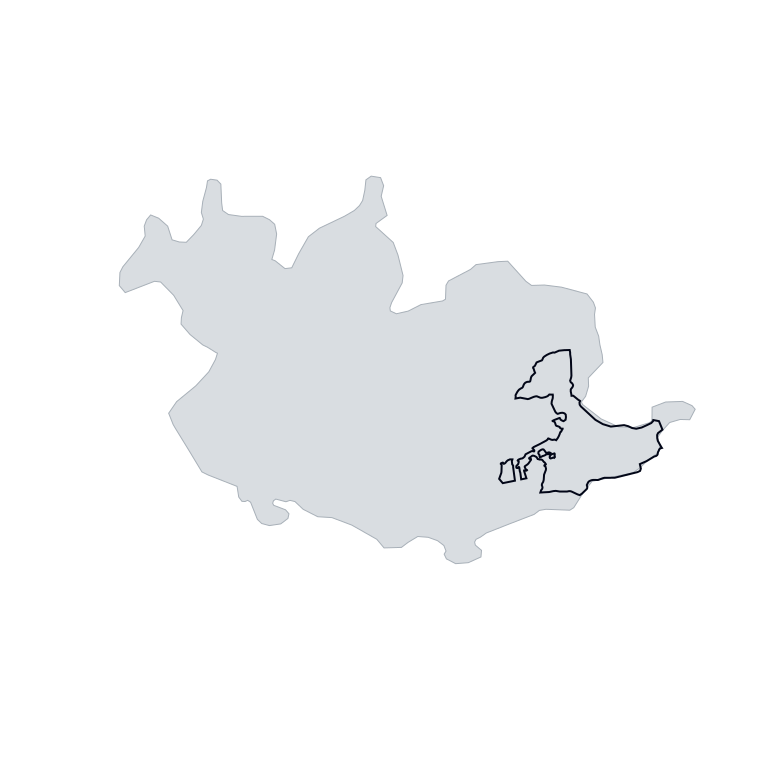 Vaud on a map of Switzerland (orthographic projection), rotated 208°
{"feature_id": "CHE-3422", "entity_name": "Vaud", "entity_type": "Canton", "adm_level": 1, "iso_a3": "CHE", "parent_name": "Switzerland", "parent_adm1": "", "projection": "orthographic", "projection_center": [6.845, 46.59], "detail": "fine", "context": "in_parent", "style": "outline", "palette": "ink", "viewbox_px": 768, "rotation_deg": 208, "n_neighbors": 0, "source": "natural_earth", "source_scale": "10m", "svg_char_len": 7453}
<svg xmlns="http://www.w3.org/2000/svg" viewBox="0 0 768 768"><g transform="rotate(208 384 384)"><path d="M547.2,246.8L551.1,249.2L560.4,257.1L558.8,271.1L549.3,294.0L544.4,312.5L544.3,326.5L545.5,333.0L547.4,332.9L557.3,333.6L562.3,333.4L578.4,336.6L591.3,341.6L594.0,347.4L595.9,354.5L611.4,363.6L629.1,369.2L634.9,366.9L655.4,343.2L663.9,346.6L669.5,358.5L669.6,364.9L664.7,389.4L664.3,402.5L669.8,410.8L670.7,417.5L669.4,423.7L660.8,424.6L649.1,421.8L638.8,411.8L631.4,413.3L625.1,416.3L622.2,426.3L619.7,438.3L620.9,444.8L625.8,449.7L629.8,460.3L633.0,474.2L635.2,480.5L633.2,483.4L627.1,485.6L621.9,483.9L612.3,467.6L607.9,461.4L600.9,460.6L588.6,465.1L569.9,475.1L562.2,475.3L555.5,473.7L549.2,466.0L543.5,450.9L541.5,441.3L537.9,441.7L525.6,439.4L520.0,443.3L520.5,459.0L519.9,478.5L514.2,491.2L497.7,513.5L491.7,523.2L489.4,530.0L489.0,536.0L491.9,546.1L495.8,555.8L492.9,561.5L483.9,564.6L477.4,558.9L474.6,548.4L460.4,534.3L466.4,522.0L465.3,519.1L442.3,513.3L432.2,504.4L418.1,488.7L415.4,481.8L415.5,459.5L414.6,454.1L412.7,451.5L406.1,451.8L396.9,459.7L388.6,471.5L371.3,484.8L369.5,487.7L375.6,500.3L375.4,505.3L361.4,525.8L358.8,532.6L340.7,545.6L332.4,550.5L307.0,541.3L300.0,540.3L288.8,546.7L272.8,552.8L247.0,558.8L237.5,554.5L233.0,550.4L230.8,544.3L224.2,533.4L216.9,527.0L211.8,520.0L205.1,512.3L200.8,505.8L206.5,485.3L202.3,478.1L200.2,467.8L201.3,460.8L199.0,459.1L175.9,455.1L156.7,456.3L142.9,463.0L131.6,474.3L130.3,476.8L130.9,478.8L136.4,489.4L126.9,500.3L112.2,508.8L101.9,509.5L97.4,507.8L97.3,496.0L105.9,491.7L113.7,484.1L116.4,473.3L117.4,465.6L109.4,456.3L110.4,450.7L115.5,440.0L118.5,430.5L122.6,422.4L138.6,409.1L154.6,395.7L157.1,381.4L158.4,363.9L160.7,359.8L182.2,349.4L187.5,345.3L190.2,339.4L207.1,319.9L223.7,300.5L227.0,294.0L229.8,290.1L229.8,287.0L227.7,284.6L219.8,282.9L217.2,276.8L225.7,265.8L236.4,259.0L246.8,258.9L251.0,262.0L250.8,265.6L255.3,269.5L263.2,270.8L273.0,269.4L282.6,265.2L288.5,255.3L291.9,247.9L307.0,239.3L317.4,243.5L346.2,244.3L367.2,241.6L380.2,235.7L396.5,235.4L407.4,238.4L409.4,237.9L412.4,237.1L415.3,234.0L425.5,231.6L426.8,229.0L426.3,226.4L424.4,225.1L411.9,226.7L407.0,224.8L405.7,220.2L409.5,212.0L418.7,205.2L426.5,203.4L432.2,205.0L446.3,217.0L449.7,217.3L451.5,215.0L454.4,213.7L459.2,216.0L464.8,223.5L465.7,224.6L496.5,221.1L503.5,220.9L524.9,233.7L547.2,246.8Z" fill="#d9dde1" stroke="#a8b0b8" stroke-width="1"/><path d="M116.7,474.4L119.0,469.3L118.9,467.2L117.3,464.4L115.5,462.3L109.2,458.3L108.6,458.0L110.1,456.6L110.3,455.3L110.1,454.1L110.1,452.6L110.0,452.1L109.7,451.3L109.4,450.4L109.4,449.5L109.9,448.3L111.4,446.8L116.0,439.1L120.5,433.4L119.6,432.3L117.5,429.9L117.1,427.5L118.8,425.2L136.2,409.6L145.4,404.6L146.6,403.5L150.0,399.7L154.3,397.5L155.6,396.5L157.1,394.7L157.6,393.2L157.5,390.0L156.6,389.0L155.9,388.0L155.6,387.0L155.8,386.1L157.8,380.0L158.7,378.4L158.9,377.8L161.3,377.4L167.9,377.1L169.0,376.9L170.3,376.3L172.0,374.9L178.2,371.6L182.1,370.3L184.1,369.0L187.4,366.2L195.0,361.6L195.4,363.9L195.1,365.7L195.4,366.9L196.1,367.8L197.1,368.7L197.5,369.6L197.6,370.7L197.5,372.4L197.8,373.6L198.0,374.4L200.1,379.1L200.7,384.0L201.2,385.3L202.6,386.8L202.9,387.0L203.2,387.1L203.8,387.0L204.0,387.1L204.2,387.5L204.1,387.9L203.9,388.3L203.5,388.7L203.4,389.1L203.6,389.3L205.2,390.1L205.6,390.2L206.1,390.2L206.6,390.4L208.0,391.0L208.5,391.2L209.0,391.2L210.0,391.1L210.7,390.5L211.6,390.2L212.2,390.2L213.1,389.9L213.6,390.2L214.3,390.7L214.9,391.0L215.4,391.1L217.2,391.1L217.9,391.0L218.9,390.7L219.2,390.5L219.5,390.1L220.5,387.9L221.0,387.0L221.0,386.6L220.8,386.3L220.0,386.2L219.0,386.7L218.8,386.5L218.6,386.0L219.1,382.1L219.2,381.5L219.4,380.9L219.6,380.3L220.2,379.1L220.9,377.8L221.0,377.2L220.6,376.6L219.3,375.6L218.5,375.2L217.9,375.1L217.5,375.2L217.3,375.1L217.5,374.5L217.9,374.2L218.3,373.9L219.2,373.5L219.4,373.6L219.7,373.8L220.0,374.1L219.8,373.5L219.4,372.9L214.0,367.6L218.1,364.2L222.0,369.7L222.5,370.1L223.2,370.8L225.3,373.7L225.6,374.0L225.9,374.0L226.1,373.9L226.2,373.5L226.3,373.2L226.3,372.8L226.5,372.6L226.8,372.4L227.3,372.2L227.7,372.2L227.9,372.4L228.2,372.7L228.5,373.4L228.6,374.1L228.3,374.9L228.0,375.7L228.0,376.6L228.4,378.3L228.8,379.0L229.2,379.2L229.8,379.0L230.0,379.1L230.0,379.8L229.6,380.6L228.3,382.2L227.6,382.7L227.0,383.2L226.5,384.0L225.8,385.8L226.0,388.4L222.6,393.4L222.1,394.0L221.6,394.4L219.9,394.9L219.8,395.2L220.1,395.9L220.6,396.2L221.0,396.4L222.6,396.8L222.8,397.0L222.3,398.5L218.6,403.6L214.2,410.2L213.4,412.0L213.4,412.3L213.6,412.6L213.6,412.8L213.3,413.1L212.6,413.2L210.6,413.3L209.2,413.6L207.1,415.1L205.6,415.2L205.3,417.2L205.2,418.0L205.2,420.2L205.4,422.3L205.6,423.3L205.7,424.3L205.6,424.7L205.3,424.9L205.2,425.1L205.2,425.5L205.3,426.0L205.3,426.7L205.2,427.5L205.2,428.2L205.3,428.4L206.4,427.9L207.0,427.8L207.7,427.8L208.8,428.5L210.6,428.3L212.1,428.0L212.6,428.1L213.2,428.5L214.7,430.0L215.6,430.6L216.1,430.7L217.1,430.5L217.6,430.4L217.8,430.5L217.6,431.0L216.9,432.0L213.7,435.7L213.3,436.2L212.9,436.5L211.4,435.5L211.1,435.4L210.0,435.3L208.3,435.4L208.0,435.5L206.9,437.7L207.8,440.2L209.2,442.3L209.8,442.5L210.8,442.8L212.7,442.5L213.7,441.9L214.7,441.2L216.6,439.2L217.9,439.2L219.7,439.9L226.8,445.2L227.7,447.4L228.1,449.3L228.2,450.1L228.5,451.0L228.9,451.9L229.3,452.6L229.6,453.3L230.0,453.5L230.1,453.8L233.1,452.3L233.6,450.7L233.8,450.2L234.2,449.6L235.5,448.1L237.7,446.2L238.6,445.7L239.5,445.3L243.3,444.9L244.4,444.2L245.7,443.0L247.7,440.6L248.7,439.3L249.9,438.2L257.3,435.9L261.1,432.9L261.7,434.5L262.0,435.0L262.4,435.5L262.6,436.1L262.6,436.9L262.6,438.2L262.6,439.4L262.4,441.0L262.1,442.4L261.1,444.3L260.4,445.2L260.1,445.9L260.0,446.6L260.3,449.1L260.2,450.3L259.8,451.6L258.6,453.1L256.5,454.4L256.2,455.0L256.6,456.7L257.0,457.8L257.3,459.3L257.3,460.3L255.8,464.8L257.1,465.8L259.0,467.7L259.8,468.1L260.1,468.6L260.1,469.3L259.5,470.3L259.3,471.0L259.4,474.7L257.9,476.5L255.7,479.0L255.6,479.6L255.8,482.0L255.4,483.4L253.9,486.1L252.1,488.6L249.6,491.2L248.1,491.8L245.1,495.6L240.9,498.4L236.0,501.2L234.5,499.3L233.5,497.5L230.6,493.6L222.4,479.3L221.8,477.6L221.2,474.3L219.9,473.2L218.1,472.9L216.5,471.8L216.1,470.4L216.2,469.0L216.5,467.7L216.5,466.8L215.7,465.2L213.8,462.9L212.9,461.6L211.4,462.5L205.3,461.3L202.9,461.1L202.7,459.4L201.5,457.6L199.6,456.6L180.5,451.6L171.9,451.3L163.7,452.9L152.7,460.4L148.5,461.4L144.3,461.6L140.3,462.9L136.1,466.5L132.4,471.3L129.7,475.0L129.0,477.5L129.3,478.6L123.8,480.3L117.9,475.4L116.7,474.4ZM212.4,401.1L213.4,400.7L214.3,399.7L215.3,397.9L215.7,396.5L215.1,395.1L214.0,394.5L213.2,394.2L212.8,393.3L212.0,392.5L211.4,393.0L210.9,393.7L210.0,395.0L209.3,395.6L208.1,397.1L207.6,398.3L206.2,399.0L205.3,399.4L204.5,400.0L204.1,400.5L204.4,401.3L205.3,401.3L206.3,401.1L207.8,399.7L208.7,399.4L210.2,400.2L211.3,400.7L212.4,401.1ZM200.9,402.7L201.8,401.9L202.4,401.3L203.4,400.0L203.6,398.7L203.5,397.3L202.7,396.5L201.9,396.5L200.8,397.6L200.0,398.6L199.1,398.6L198.8,399.6L199.3,400.5L200.0,401.1L200.3,402.3L200.9,402.7ZM232.6,352.2L237.8,354.3L238.7,360.6L239.2,361.9L241.9,367.4L242.2,367.7L242.6,368.0L243.4,368.3L243.5,368.7L243.3,369.2L242.3,370.3L242.0,370.4L241.8,370.3L241.4,369.8L241.1,369.7L240.7,369.8L240.2,370.4L239.8,371.2L239.5,373.0L239.2,373.9L238.9,374.7L238.5,375.2L237.4,376.6L235.2,377.7L235.1,377.3L234.9,375.9L233.1,373.3L231.6,372.5L231.0,371.3L223.0,360.1L232.6,352.2Z" fill="none" stroke="#020617" stroke-width="2"/></g></svg>